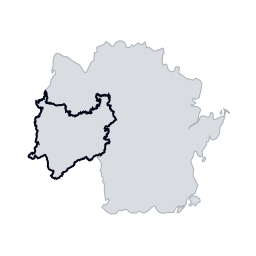 Bayern highlighted on a map of Germany, rotated 103°
{"feature_id": "DEU-1591", "entity_name": "Bayern", "entity_type": "State", "adm_level": 1, "iso_a3": "DEU", "parent_name": "Germany", "parent_adm1": "", "projection": "natural_earth1", "projection_center": [10.676, 48.917], "detail": "fine", "context": "in_parent", "style": "outline", "palette": "ink", "viewbox_px": 256, "rotation_deg": 103, "n_neighbors": 0, "source": "natural_earth", "source_scale": "10m", "svg_char_len": 9552}
<svg xmlns="http://www.w3.org/2000/svg" viewBox="0 0 256 256"><g transform="rotate(103 128 128)"><path d="M110.1,217.0L103.5,213.4L97.6,213.8L96.6,212.6L94.6,212.7L91.6,210.8L88.9,211.9L88.2,213.0L88.4,213.6L91.1,213.7L91.5,214.2L88.7,215.4L84.2,215.0L78.9,216.1L74.4,215.9L71.8,215.0L71.1,213.3L71.4,210.8L72.5,207.6L72.8,205.1L72.3,203.6L73.0,201.3L74.8,198.3L77.5,189.4L83.4,183.2L83.3,181.1L73.2,178.9L71.6,178.3L70.1,176.6L62.1,177.6L61.4,176.0L59.3,175.3L57.1,176.6L56.3,176.4L53.2,172.5L52.5,170.7L51.0,169.5L48.8,169.2L49.6,165.6L51.7,162.9L51.8,160.7L47.3,158.9L45.1,156.3L44.6,153.4L46.0,150.0L49.7,147.9L49.3,144.6L46.2,142.9L46.0,142.3L47.3,141.0L42.8,137.3L43.9,133.5L43.1,132.4L41.0,131.5L40.3,130.4L41.9,130.1L45.6,127.5L45.7,127.1L44.7,126.7L44.6,125.6L47.1,120.1L47.0,119.2L45.1,116.5L45.1,115.5L42.4,112.5L42.5,111.5L46.7,109.6L50.2,110.9L51.6,110.1L53.4,110.2L57.7,108.8L58.8,107.2L57.2,105.8L57.4,104.7L62.3,101.7L63.1,100.2L63.4,97.4L62.8,96.5L62.2,95.8L58.0,95.4L57.0,93.7L57.4,91.6L58.1,91.2L63.1,91.2L65.2,85.1L66.4,83.1L66.9,75.5L64.2,73.2L65.3,68.8L67.2,66.5L68.7,65.8L75.2,65.4L82.4,65.6L85.3,69.2L84.2,71.0L85.9,71.8L86.8,71.5L87.9,68.2L88.5,67.6L91.4,69.9L91.5,72.8L92.3,68.8L91.7,66.1L92.2,63.4L93.9,61.1L99.2,62.1L105.0,61.6L107.1,62.6L112.1,67.8L115.8,68.9L112.9,67.8L107.0,61.5L100.7,59.9L99.3,58.1L99.4,51.8L97.1,50.6L94.5,51.0L94.2,49.6L94.6,48.5L100.3,46.9L100.4,45.1L95.3,39.1L95.1,36.4L99.5,36.5L104.8,37.8L106.1,38.7L112.8,37.5L118.0,39.3L120.4,41.9L120.5,44.1L117.5,46.7L122.7,46.3L123.9,48.3L126.7,47.6L133.7,50.5L139.0,49.0L139.9,51.4L138.9,53.8L135.2,56.3L136.0,57.9L137.2,58.2L140.7,57.9L146.2,59.5L153.7,54.6L159.6,54.1L168.2,46.9L176.8,48.2L179.0,51.3L184.7,54.7L189.9,54.4L191.8,57.7L192.7,61.7L195.7,63.7L200.1,64.7L201.0,68.8L203.3,75.5L203.2,77.5L202.5,79.8L201.1,81.7L198.2,84.0L198.0,85.3L205.4,90.9L207.5,93.8L206.4,97.9L207.5,99.9L208.8,100.6L209.3,101.6L209.3,104.0L210.2,104.7L208.9,109.0L207.5,110.8L207.9,112.3L209.9,114.9L210.0,118.3L214.1,120.5L215.7,124.9L214.8,128.8L211.1,135.6L208.2,134.7L208.3,133.2L207.8,133.1L206.8,131.3L202.5,130.2L201.2,131.1L203.5,133.6L194.5,137.0L187.9,138.4L185.7,140.9L184.5,140.4L181.9,141.5L180.8,143.2L177.6,143.6L176.2,145.7L172.8,145.1L168.7,146.0L166.8,147.1L163.5,151.2L160.7,148.1L160.0,148.1L159.9,149.1L161.5,151.4L162.2,153.3L167.0,156.8L168.1,158.3L165.7,162.1L170.5,169.0L174.0,172.3L176.0,172.2L180.4,176.5L183.3,178.0L185.5,181.0L188.3,181.4L192.7,185.0L193.6,186.2L193.1,190.6L191.0,192.2L187.3,190.8L185.2,196.2L175.9,200.2L173.3,202.6L173.3,203.3L177.1,207.9L177.1,210.0L176.0,212.1L178.7,212.7L179.1,213.8L178.4,218.2L174.4,216.6L173.6,214.2L171.9,213.4L168.0,214.2L162.6,212.2L162.1,214.7L153.0,215.6L146.7,218.0L144.8,219.5L139.8,220.3L138.6,220.2L136.5,217.1L128.0,216.4L126.6,221.0L125.5,222.3L123.0,223.2L123.3,221.1L120.7,220.3L120.6,218.9L118.9,217.5L114.5,215.8L112.6,217.0L110.1,217.0ZM189.5,48.9L190.0,50.5L189.5,51.3L187.4,50.0L185.3,50.0L184.0,52.1L183.1,52.2L179.8,50.3L179.3,49.3L179.5,45.0L180.5,44.1L180.6,42.7L182.4,41.3L184.0,41.3L185.4,43.3L188.5,44.6L188.8,45.2L187.1,46.9L187.5,47.9L189.5,48.9ZM199.1,59.3L199.2,61.2L193.8,61.0L193.3,59.6L193.7,58.2L191.9,56.7L191.9,55.1L199.1,59.3ZM89.1,37.7L87.9,39.6L88.1,36.3L90.2,32.6L91.1,32.7L89.9,34.4L89.7,36.5L94.4,36.7L93.8,37.3L89.1,37.7ZM144.0,48.0L141.1,48.1L138.9,46.9L140.3,45.3L143.1,46.0L144.0,48.0ZM93.6,41.0L92.8,41.5L90.0,40.9L92.1,39.8L93.3,40.1L93.6,41.0Z" fill="#d9dde1" stroke="#a8b0b8" stroke-width="1"/><path d="M160.1,148.0L159.6,148.0L160.2,148.6L160.3,148.9L160.2,149.2L159.7,149.7L161.5,151.2L161.7,151.9L161.6,152.8L161.8,153.2L162.6,153.7L162.9,154.6L166.2,156.1L166.9,156.2L167.2,156.4L167.1,157.4L168.3,158.1L168.1,158.9L167.5,160.0L167.1,159.9L166.9,161.1L165.8,161.7L165.6,162.1L166.3,163.1L167.8,163.9L168.0,164.1L167.8,164.7L168.0,164.8L167.9,165.1L168.8,165.7L169.1,166.8L169.5,167.5L170.3,167.8L170.4,169.0L170.7,169.8L172.4,170.7L173.0,171.9L173.3,172.2L174.9,172.4L175.2,172.4L175.1,172.1L175.4,172.0L176.5,172.3L177.6,173.1L177.9,173.8L178.7,174.5L180.6,176.6L181.1,177.5L181.7,177.8L182.9,177.8L183.5,178.1L184.9,179.5L185.1,179.9L185.2,180.6L185.4,181.0L186.6,181.8L187.1,182.0L187.5,181.3L187.7,181.1L189.2,181.8L189.5,181.7L189.6,182.2L190.1,183.0L190.8,183.5L191.8,183.7L193.2,185.9L193.6,186.2L193.0,187.5L193.7,188.0L193.4,188.2L193.4,188.5L193.4,190.0L192.9,191.1L192.1,191.3L191.8,192.3L190.9,191.9L190.6,191.5L190.0,191.2L187.9,190.7L186.7,191.0L186.4,191.3L186.8,192.4L186.4,193.3L186.3,194.5L185.8,195.9L183.2,197.6L180.6,198.0L178.5,198.7L176.6,200.0L175.2,200.3L174.5,201.2L172.9,202.4L172.9,203.1L173.3,203.6L174.7,204.8L175.3,206.1L176.6,207.1L177.3,208.4L177.8,209.0L176.6,210.7L176.4,211.4L175.9,212.1L176.3,212.4L177.3,212.5L178.4,212.4L179.3,213.3L179.5,214.0L179.5,214.6L179.2,215.2L178.8,215.6L178.9,216.1L178.6,216.6L178.8,217.8L178.1,218.5L177.5,218.3L177.0,218.4L175.8,217.7L174.7,216.7L173.8,216.3L173.6,215.7L173.9,215.1L174.4,214.9L173.2,213.9L173.4,213.5L171.3,213.3L170.2,213.6L169.0,214.4L168.2,214.4L167.2,213.8L166.8,212.9L165.4,213.1L164.2,212.9L163.2,213.2L162.9,212.8L163.2,211.9L162.0,212.5L162.5,213.4L162.6,214.0L162.5,214.4L161.9,215.0L157.3,214.9L155.6,215.2L155.0,215.8L151.1,215.4L150.5,215.9L150.1,217.0L149.8,217.3L148.4,217.6L147.0,217.5L146.1,218.4L146.6,218.6L146.7,218.8L146.5,219.0L145.0,219.3L144.0,220.1L143.6,220.3L143.1,220.2L143.2,219.6L142.8,219.4L140.6,220.4L138.6,220.4L138.1,219.9L138.3,219.6L138.2,219.3L137.2,218.4L136.2,218.0L136.1,217.8L136.9,217.3L136.2,216.9L134.3,217.3L133.9,216.9L130.8,216.1L129.9,216.9L128.9,216.8L128.3,216.5L128.4,215.9L128.4,215.7L127.8,215.7L127.5,215.8L127.8,216.6L127.6,217.8L128.2,218.3L128.3,219.2L127.8,220.2L127.5,220.6L126.7,221.0L126.1,221.9L125.4,222.6L124.1,223.2L122.5,223.4L122.7,222.9L123.1,222.7L123.5,220.8L123.1,220.7L122.3,220.8L122.0,221.1L121.6,221.0L121.0,221.2L120.4,220.0L120.9,219.7L121.0,219.5L120.8,219.2L119.9,218.0L119.3,218.2L119.1,218.1L118.9,217.5L118.4,217.0L118.4,216.6L117.8,216.9L116.7,216.6L116.2,216.8L115.8,216.6L115.7,215.8L115.2,215.5L114.6,215.6L113.6,216.9L113.1,217.1L111.8,217.1L110.7,216.8L111.9,215.4L112.7,215.3L113.2,214.9L113.8,215.0L116.8,213.3L118.5,213.7L120.5,213.2L120.9,213.9L121.1,213.7L121.2,213.2L121.9,213.2L122.0,212.9L121.7,211.1L121.0,210.4L121.1,210.2L121.6,210.1L122.0,209.8L121.5,208.7L121.1,208.5L121.5,207.8L121.6,206.9L121.1,206.1L121.4,205.7L122.0,204.3L122.2,202.9L121.6,201.5L120.5,197.6L119.5,196.1L119.3,196.0L119.1,195.7L120.3,194.4L120.3,194.0L120.7,193.5L122.0,193.1L122.5,193.6L124.4,192.7L124.7,192.1L125.7,192.0L125.5,191.8L125.8,190.8L125.5,190.2L126.0,189.9L126.0,189.7L125.1,189.2L124.7,188.6L124.8,188.3L125.2,187.8L125.7,188.1L126.3,188.1L126.7,188.7L127.9,187.7L128.1,187.9L127.9,188.4L128.0,188.6L129.1,187.9L128.7,187.0L128.1,186.8L127.9,186.5L128.0,185.4L128.4,184.6L128.2,184.1L128.4,182.9L128.1,182.7L128.6,182.5L128.6,182.4L128.0,181.4L126.8,180.3L126.5,179.6L124.8,179.2L124.9,178.8L124.6,178.5L124.6,178.2L124.0,177.9L124.5,177.7L124.7,177.3L124.6,176.8L124.2,176.4L123.8,176.6L122.4,175.4L122.7,175.2L122.4,174.7L122.3,174.2L122.0,173.8L122.6,173.8L122.4,173.0L122.5,172.6L121.9,172.1L121.9,171.3L122.3,170.9L122.9,171.0L122.3,169.7L121.7,169.5L122.1,168.7L121.9,168.2L122.0,167.8L121.5,167.6L121.6,167.2L121.2,167.0L120.7,167.4L120.8,167.8L120.1,168.5L118.3,168.5L118.2,166.8L117.9,166.5L118.0,166.3L117.9,166.1L117.1,166.5L116.9,166.9L116.5,166.9L116.9,166.4L116.9,165.9L117.3,165.3L116.4,164.4L116.3,163.4L115.6,162.6L115.0,162.8L114.3,163.4L113.9,162.6L113.4,162.9L113.3,163.3L112.9,163.4L112.4,163.1L112.8,162.4L112.8,161.5L112.9,161.3L112.8,161.1L111.9,161.4L111.4,161.1L110.8,161.2L109.4,160.8L108.0,161.1L106.8,161.1L106.3,161.5L106.5,161.9L106.3,162.3L107.3,162.6L107.4,163.2L107.7,163.1L107.9,162.7L108.5,162.8L108.3,164.0L108.4,164.3L108.1,164.6L107.5,164.3L105.9,164.8L105.8,165.3L105.2,166.1L102.4,166.2L101.6,165.3L102.4,164.6L102.2,163.4L102.9,163.2L102.8,162.7L103.1,162.0L102.6,161.8L102.6,161.6L103.0,161.0L102.8,160.8L102.2,160.6L102.0,160.3L102.0,159.6L101.6,159.9L100.8,158.0L100.9,156.1L101.3,156.2L100.8,154.6L99.9,154.4L100.4,154.1L100.6,153.3L102.5,152.6L103.3,153.0L103.2,153.3L104.0,152.8L104.1,152.4L104.9,152.2L106.7,152.3L107.6,152.7L108.2,153.4L108.9,153.5L110.1,153.1L110.3,152.9L110.2,152.2L110.5,151.6L110.0,151.3L110.2,150.6L110.1,149.9L110.8,149.9L111.1,150.2L111.9,150.2L113.1,149.9L113.0,149.5L113.3,148.9L114.8,148.2L114.7,147.2L115.4,145.5L115.8,145.4L116.3,145.8L116.9,145.9L119.3,144.9L119.9,144.4L120.7,143.0L122.1,141.9L122.1,142.2L123.4,142.2L123.8,142.5L124.1,143.1L125.9,143.7L126.2,144.4L127.3,145.3L127.2,145.7L127.3,145.9L128.3,145.9L129.2,147.0L130.3,146.9L130.5,147.3L131.0,147.7L131.2,148.5L131.1,149.0L131.3,149.5L131.3,150.0L131.5,150.2L132.8,150.3L133.5,150.6L133.8,149.6L135.0,149.6L135.6,149.8L135.9,149.6L135.8,149.1L135.3,148.9L135.0,148.5L134.4,148.5L133.4,147.8L133.5,146.9L134.2,146.9L134.8,146.2L135.2,146.3L136.5,146.0L136.9,146.3L137.8,146.2L138.6,147.1L138.8,146.8L139.3,146.8L139.8,147.2L141.0,146.7L141.9,147.6L141.5,148.1L141.6,148.3L142.6,149.0L142.9,148.7L143.8,148.9L144.0,148.2L143.9,147.8L144.0,147.0L144.3,146.9L143.9,145.8L143.9,145.2L143.6,144.1L144.9,143.6L145.1,143.2L145.5,142.9L147.1,143.1L147.3,143.5L147.0,143.8L147.0,144.8L147.6,145.2L148.0,145.2L148.2,145.9L149.0,146.4L149.6,146.3L149.8,146.0L150.8,146.2L154.0,145.5L154.7,145.8L154.8,146.1L156.8,145.5L157.7,146.2L157.9,147.1L159.0,147.6L159.9,147.8L160.1,148.0Z" fill="none" stroke="#020617" stroke-width="2"/></g></svg>